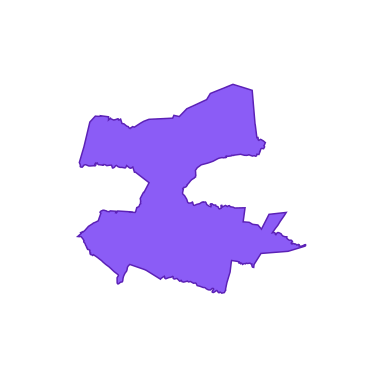 outline of Temixco, Morelos, Mexico, rotated 125°
{"feature_id": "50627088B89328019749964", "entity_name": "Temixco", "entity_type": "district", "adm_level": 2, "iso_a3": "MEX", "parent_name": "Mexico", "parent_adm1": "Morelos", "projection": "orthographic", "projection_center": [-99.256, 18.848], "detail": "fine", "context": "isolated", "style": "filled", "palette": "violet", "viewbox_px": 384, "rotation_deg": 125, "n_neighbors": 0, "source": "geoboundaries", "source_scale": "gbopen_adm2", "svg_char_len": 6077}
<svg xmlns="http://www.w3.org/2000/svg" viewBox="0 0 384 384"><g transform="rotate(125 192 192)"><path d="M113.4,158.4L112.8,159.6L111.5,159.7L111.1,160.0L109.5,160.2L109.2,162.9L109.4,164.0L109.3,164.8L109.5,165.7L109.6,166.1L111.3,166.8L111.2,167.4L111.3,167.5L111.2,167.9L109.9,168.7L109.5,169.3L110.3,170.0L100.7,178.7L100.1,179.4L74.2,201.0L80.3,220.2L100.8,233.5L107.9,233.0L126.8,244.0L137.5,245.7L139.6,250.8L142.6,250.2L157.2,269.0L161.8,272.1L165.2,273.7L171.9,276.4L172.6,278.3L174.2,278.6L174.5,278.8L174.8,279.2L175.5,279.2L175.5,280.7L175.0,281.7L175.5,283.3L175.2,286.8L176.0,288.7L173.2,292.3L173.3,292.5L174.3,292.6L175.1,293.4L175.1,293.6L174.4,294.5L174.6,294.8L177.0,296.5L177.4,297.0L177.7,297.1L177.9,297.3L178.6,300.5L178.3,301.0L180.9,301.7L179.8,302.3L178.7,303.4L178.6,303.2L177.8,303.0L178.1,303.2L181.7,310.1L181.8,309.7L183.7,312.0L185.3,314.7L193.3,315.8L216.8,306.5L232.5,301.2L233.6,299.4L234.3,298.7L235.3,298.1L235.3,297.2L234.5,296.1L231.6,295.8L230.5,294.6L230.2,292.8L229.8,291.3L229.3,290.6L226.8,287.5L226.2,286.4L225.7,286.3L225.4,287.4L223.0,287.7L223.5,287.4L223.8,286.8L223.5,286.9L223.0,286.7L222.6,286.2L223.1,285.9L223.2,284.1L223.0,283.9L221.7,281.5L221.5,280.8L221.0,280.1L220.4,280.4L219.4,278.8L219.3,276.9L217.1,274.6L216.2,273.3L217.9,270.9L217.3,270.2L216.0,269.7L214.5,269.7L213.6,269.2L213.7,266.9L213.1,265.0L212.0,263.5L210.7,260.6L210.0,260.3L207.8,260.7L208.1,257.0L207.6,255.7L205.5,254.8L208.8,250.5L208.2,249.8L209.0,232.5L219.9,231.1L220.0,231.5L220.6,231.5L226.9,230.7L227.1,230.6L229.1,228.6L229.8,228.5L231.0,227.3L231.9,227.7L234.4,227.1L235.3,227.7L236.3,227.9L236.4,228.1L236.5,228.3L240.3,226.9L241.4,226.9L243.0,229.5L242.7,229.6L243.3,230.7L243.9,231.7L244.2,231.4L244.7,233.0L250.2,242.0L252.5,241.9L252.8,242.7L251.1,242.8L254.4,248.2L255.6,248.5L256.7,250.6L256.6,251.4L256.8,251.8L257.4,253.6L258.1,254.6L258.7,254.8L259.2,255.3L259.8,255.6L261.2,255.8L261.5,255.6L261.6,255.3L261.6,254.5L269.4,252.3L272.4,253.9L274.0,255.0L274.9,255.2L279.5,257.1L284.9,257.7L286.8,258.2L287.4,258.4L287.3,258.8L288.5,259.1L288.4,259.5L289.3,259.9L289.6,259.0L294.0,260.1L293.3,258.8L292.5,257.8L292.2,257.2L292.3,256.7L293.1,254.2L293.8,252.6L294.2,252.6L294.5,252.4L295.2,251.6L295.3,250.6L295.8,249.7L296.5,248.8L297.5,246.7L297.9,246.5L298.0,245.9L298.3,245.7L298.4,245.0L298.9,244.6L298.5,243.7L298.3,242.3L299.7,241.3L300.2,240.7L300.2,240.0L301.0,240.1L301.4,239.3L300.9,237.8L300.9,236.9L299.9,236.8L299.8,233.0L300.1,226.7L300.5,224.4L300.8,221.0L300.9,216.9L301.9,210.0L302.1,205.1L302.7,204.3L305.2,204.2L309.5,201.1L309.8,199.9L309.0,199.4L306.9,198.8L305.8,197.7L305.3,197.6L304.5,197.8L302.0,199.1L300.0,199.8L297.0,200.3L294.4,200.2L293.0,200.6L290.7,201.7L289.1,201.8L287.0,201.4L282.7,186.2L282.4,184.3L281.5,167.8L280.5,167.8L276.9,166.4L277.3,165.6L277.8,165.3L278.2,164.7L278.1,163.7L275.3,161.8L274.0,160.4L272.3,159.5L272.2,159.2L272.3,158.8L273.2,158.2L273.5,157.8L273.6,157.4L273.3,156.4L272.1,155.4L271.5,154.7L271.5,154.2L272.1,151.0L272.0,150.7L271.7,150.5L270.6,150.3L270.6,149.9L271.2,148.8L270.7,147.4L270.3,146.9L267.6,144.6L267.7,143.5L267.6,143.2L267.1,142.7L266.3,142.1L266.2,141.7L265.9,138.5L264.6,137.0L264.5,136.2L265.7,134.1L264.7,131.5L263.8,128.0L263.1,127.0L262.9,126.0L263.1,124.8L263.0,124.5L263.0,123.7L262.7,122.4L261.7,120.7L259.4,120.2L258.8,119.1L259.0,118.7L259.3,118.5L261.6,118.5L262.3,118.2L262.4,117.7L262.2,117.0L261.5,116.5L259.7,115.7L258.9,115.6L258.6,115.4L258.4,115.0L259.2,112.7L259.0,112.0L258.0,111.7L257.8,111.4L257.8,109.6L255.8,107.8L254.8,108.0L253.0,108.1L252.3,108.8L246.3,111.4L235.7,114.9L227.5,119.3L225.4,120.3L223.0,115.4L222.2,113.3L223.2,113.0L223.1,112.4L222.2,111.5L222.8,111.0L221.9,110.2L222.3,109.0L220.8,108.4L220.4,107.6L220.2,107.0L219.5,106.9L219.2,106.7L218.7,105.5L217.0,103.7L217.1,102.1L216.7,101.7L218.0,100.7L218.7,99.7L218.8,99.2L218.4,98.2L215.8,99.6L203.6,100.2L202.8,100.3L185.5,79.3L171.6,68.4L170.9,68.2L170.4,68.4L170.0,68.8L170.6,69.5L171.9,70.1L173.4,71.1L174.6,72.7L174.8,73.4L174.1,73.7L173.7,74.0L174.0,74.9L174.6,75.1L175.3,75.7L175.2,76.7L175.4,78.0L176.0,78.4L175.9,79.2L176.2,80.0L177.2,80.2L177.3,81.1L176.4,81.6L174.9,81.4L174.5,82.8L175.0,83.8L175.7,84.5L175.7,86.8L175.4,87.9L174.3,88.6L175.3,90.2L175.9,92.0L175.7,93.7L175.1,95.2L175.5,97.5L175.9,98.4L176.9,98.9L178.9,98.8L178.9,99.4L178.2,99.9L177.9,101.0L178.3,101.8L179.3,102.8L173.9,102.8L170.0,102.6L165.3,102.9L158.6,102.9L154.7,103.1L166.1,116.1L182.6,113.8L181.2,119.1L183.7,123.8L184.0,127.7L187.1,133.0L174.5,139.5L180.6,147.8L180.8,149.5L182.1,152.2L181.7,153.5L182.6,154.4L183.5,154.5L183.8,155.1L183.7,156.2L183.8,156.9L186.8,158.5L185.8,160.0L186.4,160.5L188.6,158.8L190.1,159.8L190.2,160.5L189.2,162.2L189.6,163.8L189.7,164.4L189.1,165.2L190.1,166.5L190.3,167.6L190.2,168.8L191.0,169.9L191.6,170.0L192.0,168.6L193.3,168.1L193.8,170.1L193.8,172.7L192.6,174.6L192.5,175.3L193.9,176.8L193.6,177.0L194.0,177.5L195.0,178.2L197.1,179.0L199.5,181.1L201.3,182.1L201.7,182.5L201.9,183.1L201.2,184.3L200.4,185.1L200.0,185.8L200.0,186.0L200.3,186.1L200.8,185.8L202.5,187.7L203.0,188.4L202.9,189.7L201.0,192.1L199.2,196.2L199.1,197.6L198.8,198.6L198.2,199.2L194.8,200.7L194.7,201.4L193.9,201.5L193.4,201.2L192.2,201.2L192.8,200.9L191.4,200.0L190.8,199.8L189.3,199.8L188.8,199.9L188.8,200.1L187.2,199.8L183.5,199.6L182.0,199.3L179.1,198.1L178.5,198.2L177.7,197.7L176.7,198.3L175.9,198.5L175.4,199.2L174.3,199.9L172.3,201.6L169.0,201.6L164.4,200.0L159.3,195.7L156.7,193.8L154.7,192.4L149.6,189.8L148.5,189.0L146.6,187.2L146.0,185.9L145.4,185.2L144.3,184.4L144.5,184.2L143.9,183.7L143.2,184.3L143.1,185.2L142.8,184.2L142.1,183.0L140.4,181.1L139.4,180.2L139.0,180.3L139.0,180.1L138.1,178.8L137.8,178.8L133.2,173.8L131.9,170.2L130.7,168.3L129.6,167.2L129.1,167.0L129.1,166.9L128.7,166.5L128.6,165.3L128.2,164.3L128.0,163.2L126.8,162.1L126.5,161.6L126.2,160.4L125.8,160.1L125.2,159.9L123.8,160.5L122.9,158.7L121.3,159.1L120.1,159.7L120.0,159.4L117.3,160.3L116.3,159.9L115.5,158.2L113.4,158.4Z" fill="#8b5cf6" stroke="#5b21b6" stroke-width="1.5"/></g></svg>